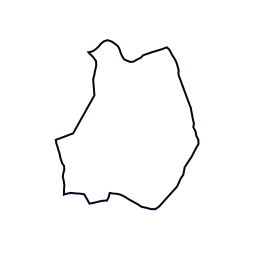 the district of Viradouro, São Paulo, Brazil, rotated 299°
{"feature_id": "56859067B60217010501948", "entity_name": "Viradouro", "entity_type": "district", "adm_level": 2, "iso_a3": "BRA", "parent_name": "Brazil", "parent_adm1": "São Paulo", "projection": "orthographic", "projection_center": [-48.306, -20.88], "detail": "fine", "context": "isolated", "style": "outline", "palette": "ink", "viewbox_px": 256, "rotation_deg": 299, "n_neighbors": 0, "source": "geoboundaries", "source_scale": "gbopen_adm2", "svg_char_len": 1300}
<svg xmlns="http://www.w3.org/2000/svg" viewBox="0 0 256 256"><g transform="rotate(299 128 128)"><path d="M74.4,193.3L100.6,199.3L109.6,198.6L114.0,199.0L121.2,196.6L133.7,197.6L139.0,197.4L143.9,197.3L148.3,197.4L151.9,195.1L154.4,191.4L157.7,188.8L160.4,184.7L163.9,183.5L167.0,180.6L171.7,176.7L176.2,173.0L180.3,168.1L183.4,164.5L198.4,147.1L200.6,145.4L203.1,144.3L205.3,142.1L207.5,140.0L209.8,137.3L211.5,134.6L212.7,132.1L214.5,129.4L216.7,125.9L217.3,122.8L213.4,119.5L210.0,116.2L206.2,112.5L199.0,106.0L195.4,105.0L192.5,102.9L188.6,100.5L186.8,97.8L186.1,91.3L188.2,87.8L190.0,85.3L192.6,82.6L194.5,79.9L195.2,76.9L195.7,71.8L194.9,67.5L192.1,64.9L189.0,63.6L185.3,62.9L181.0,61.5L177.8,59.8L175.0,56.7L174.1,59.5L173.2,63.0L171.0,67.6L167.5,69.8L164.2,70.9L161.6,71.6L158.1,72.8L153.7,73.9L140.3,82.8L96.7,82.6L82.6,70.6L80.0,72.6L78.0,74.8L75.1,77.7L72.1,80.9L68.8,83.6L65.4,87.4L63.7,90.5L60.7,92.5L57.2,93.3L53.4,94.8L51.0,97.1L47.1,100.1L44.3,101.3L38.7,104.2L41.1,106.6L43.6,109.5L45.3,113.7L47.4,118.0L48.8,121.9L45.2,127.7L43.2,131.0L46.1,134.5L49.1,137.7L51.9,140.9L54.5,144.8L57.9,144.6L62.3,143.5L63.5,146.9L65.1,150.2L66.1,154.0L66.3,158.7L66.0,163.6L66.0,173.8L65.6,177.8L67.1,182.9L68.2,187.4L70.2,191.2L74.4,193.3Z" fill="none" stroke="#020617" stroke-width="2"/></g></svg>